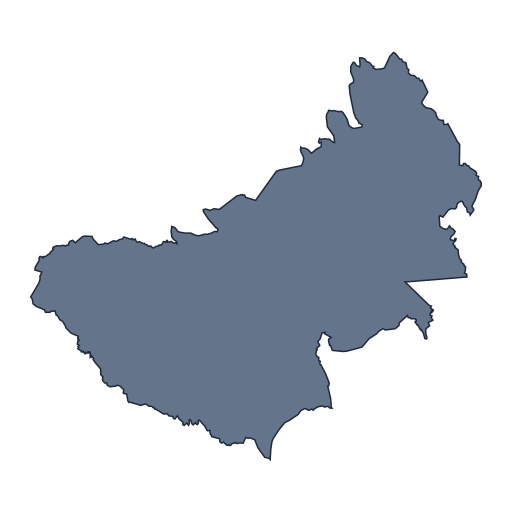 Coscomatepec, Veracruz, Mexico
{"feature_id": "50627088B83890237461836", "entity_name": "Coscomatepec", "entity_type": "district", "adm_level": 2, "iso_a3": "MEX", "parent_name": "Mexico", "parent_adm1": "Veracruz", "projection": "natural_earth1", "projection_center": [-97.095, 19.059], "detail": "fine", "context": "isolated", "style": "filled", "palette": "slate", "viewbox_px": 512, "rotation_deg": 0, "n_neighbors": 0, "source": "geoboundaries", "source_scale": "gbopen_adm2", "svg_char_len": 6010}
<svg xmlns="http://www.w3.org/2000/svg" viewBox="0 0 512 512"><path d="M359.6,57.9L360.1,64.8L359.6,66.8L356.4,65.6L354.6,62.6L353.2,62.3L350.8,66.4L350.7,71.9L353.4,78.6L353.7,81.3L353.0,82.5L350.2,84.2L349.2,86.0L350.0,94.2L353.8,112.8L355.9,118.3L358.0,120.7L359.0,123.2L362.3,124.8L361.8,127.0L354.5,128.4L352.5,128.1L348.9,125.5L347.2,119.2L343.1,112.7L341.2,111.3L338.7,111.7L333.3,110.5L332.5,111.0L328.6,110.3L328.0,112.3L326.7,114.1L326.3,116.9L327.4,126.8L333.8,136.0L334.6,142.5L332.6,142.0L329.7,139.3L324.4,138.8L320.7,139.4L319.5,138.5L318.5,142.0L319.2,143.1L321.2,142.3L321.2,146.6L316.1,149.3L311.5,153.3L307.9,149.5L304.8,148.2L301.9,148.0L300.8,147.1L300.5,149.8L301.0,152.0L303.4,156.9L303.7,158.7L303.1,162.0L301.5,165.7L279.8,170.0L276.4,171.2L255.6,200.4L245.6,197.3L244.4,194.9L242.6,195.2L242.1,194.5L236.8,196.0L219.3,209.4L214.0,208.7L210.1,210.4L205.7,209.0L203.3,209.6L203.4,211.5L208.4,219.1L216.3,228.1L217.7,228.5L217.9,229.2L217.2,231.7L214.5,231.5L211.2,233.2L206.7,234.4L204.6,234.1L199.9,235.6L197.6,235.6L195.5,235.3L190.9,233.1L185.0,233.1L178.2,231.8L174.8,227.5L171.7,226.4L171.2,231.2L171.8,236.8L173.4,239.3L176.5,241.5L176.9,243.7L175.7,242.8L173.4,243.1L171.3,241.4L167.6,242.3L167.2,242.1L167.5,240.6L166.9,240.3L165.7,241.9L163.3,241.6L161.8,244.7L158.8,245.2L158.1,246.2L155.5,246.5L153.9,248.0L152.1,247.4L150.9,246.0L148.2,246.3L147.1,244.9L144.9,244.2L144.3,243.3L143.2,243.5L139.5,241.7L137.4,242.2L136.4,241.7L135.2,239.0L133.2,239.9L132.6,238.6L129.8,239.0L124.1,237.0L123.3,237.4L122.4,239.1L119.5,239.5L116.7,241.3L113.3,240.8L107.8,243.8L104.9,243.0L103.8,244.1L98.2,244.6L93.1,239.0L92.1,236.4L84.7,236.1L82.5,236.6L75.2,242.8L72.7,240.3L70.0,241.3L69.1,242.5L68.3,245.3L66.5,245.2L65.4,245.9L62.7,245.3L59.6,246.0L56.8,245.7L53.1,247.2L52.8,248.6L53.5,249.2L50.2,252.5L49.7,254.0L48.5,254.2L45.6,256.5L43.0,256.6L43.0,257.7L40.2,256.4L39.2,257.4L39.0,260.8L35.3,267.0L34.9,270.0L41.8,272.1L39.9,276.3L40.1,279.0L38.8,283.2L30.7,296.9L32.2,299.0L33.1,303.9L36.4,306.5L44.3,309.7L45.5,312.3L50.1,312.3L51.2,311.2L55.2,311.1L56.1,315.0L57.5,315.6L59.7,319.6L62.7,321.5L65.6,326.3L65.9,327.9L71.2,333.2L78.4,336.3L77.7,338.2L78.4,338.4L77.9,339.9L79.1,340.3L77.7,341.8L77.3,344.2L79.2,345.3L78.0,346.6L78.6,347.4L77.8,348.8L81.4,351.0L81.2,351.7L82.7,352.1L83.2,351.3L85.0,353.9L85.6,353.7L85.9,352.3L87.6,353.2L89.1,352.9L88.4,351.7L90.2,352.2L90.2,357.0L91.3,355.7L91.9,357.4L92.5,357.0L93.7,358.4L93.1,359.5L94.7,361.9L100.6,369.0L100.8,374.8L102.9,376.9L102.4,379.2L102.7,380.4L104.6,383.0L106.8,383.0L107.1,385.1L110.0,386.8L116.1,386.0L116.9,385.2L119.8,386.0L123.8,389.8L123.2,392.9L123.5,393.4L126.7,394.1L127.9,400.9L128.9,402.5L130.5,402.3L140.8,405.4L145.6,403.9L149.1,406.3L151.6,406.2L153.2,407.7L154.0,407.6L155.0,409.4L156.0,409.2L163.3,413.9L167.4,413.9L168.7,415.8L172.6,416.4L173.9,418.8L174.9,419.0L177.4,415.8L179.2,419.1L182.8,422.1L183.0,424.9L184.3,425.4L186.8,423.0L188.5,425.3L189.5,423.2L189.0,420.7L189.6,419.7L190.5,419.9L192.1,424.0L193.2,424.9L195.4,422.6L196.4,424.2L197.5,424.6L198.6,422.5L197.8,421.0L199.4,420.1L205.0,426.4L207.0,430.4L207.9,430.8L209.7,430.4L210.2,433.6L211.9,436.7L219.6,438.7L219.8,441.7L221.6,443.1L223.5,442.2L227.0,445.4L228.4,444.8L229.1,445.5L230.8,445.4L231.3,443.9L234.4,443.1L235.0,442.4L236.8,443.6L239.7,442.9L243.1,443.2L245.9,437.4L248.0,438.4L249.8,437.8L254.8,439.8L257.9,447.8L264.7,457.2L269.4,458.5L270.2,459.5L270.8,449.2L272.0,441.5L273.1,438.7L278.9,429.8L284.7,422.7L289.8,420.1L298.1,414.5L300.8,410.6L305.0,408.5L308.7,410.3L311.6,409.2L313.4,410.2L314.2,408.9L318.6,406.6L322.1,405.9L324.9,407.1L327.0,406.3L328.6,406.8L329.5,407.9L332.0,408.2L331.3,407.2L330.6,398.3L327.7,386.1L328.7,385.9L329.3,383.3L325.6,373.7L320.9,364.8L320.3,364.7L319.8,363.3L320.2,361.2L318.7,360.6L318.8,357.4L317.3,356.9L315.8,354.3L316.5,350.5L317.3,349.7L316.5,348.6L319.8,345.4L317.8,341.7L320.2,338.8L322.1,332.7L325.2,332.4L324.5,333.7L331.1,337.4L328.8,339.0L328.5,340.8L329.6,345.4L330.4,345.2L332.3,350.4L343.2,351.5L346.6,351.2L362.0,347.1L369.1,338.7L376.6,333.8L378.7,331.4L382.4,329.0L383.1,328.7L385.4,330.0L395.2,328.7L399.0,325.5L399.2,322.9L407.5,315.5L408.2,317.7L410.1,317.7L411.1,318.8L414.9,318.7L416.2,319.8L416.3,321.2L415.1,321.5L415.1,322.0L417.2,325.1L417.8,325.0L420.4,329.8L421.0,329.5L422.3,331.4L423.4,333.4L424.8,338.4L426.1,339.1L427.0,337.9L425.7,333.0L425.8,328.9L429.6,325.8L428.2,322.6L432.9,320.2L431.2,317.4L432.0,316.0L429.9,314.9L430.7,312.8L432.2,312.8L431.0,312.2L431.7,310.8L432.7,311.5L433.4,310.1L430.5,308.0L431.4,306.2L429.0,305.2L405.1,282.0L467.0,277.0L466.7,274.3L464.4,272.9L465.3,270.6L465.6,266.7L464.3,265.7L463.7,264.0L461.6,262.7L461.3,260.2L459.6,258.5L458.5,254.5L458.1,249.7L454.6,247.2L455.1,246.2L453.0,244.2L454.1,241.7L455.5,241.0L456.1,238.7L455.0,238.4L454.3,240.6L450.5,239.8L450.6,237.2L453.9,233.9L455.2,231.5L453.1,229.1L451.0,228.0L449.5,225.8L447.4,228.9L446.1,229.2L443.4,228.7L439.8,226.2L439.2,216.2L440.0,216.3L440.3,215.6L442.9,217.2L448.5,209.9L451.7,208.6L455.1,208.9L456.5,207.5L457.0,204.5L458.1,202.9L460.9,201.1L462.4,201.7L464.7,206.1L466.7,208.0L467.3,211.9L469.7,213.0L470.2,215.1L473.7,210.1L473.8,209.3L472.0,206.6L472.2,205.5L475.2,199.8L478.3,190.6L481.2,186.0L481.3,182.9L480.1,180.7L478.6,180.0L478.3,177.2L478.6,176.6L476.1,175.4L476.6,173.3L475.5,171.3L469.9,167.8L468.4,165.6L466.7,165.5L465.3,163.5L463.5,163.5L462.9,165.6L459.4,165.1L459.7,144.4L457.7,142.0L447.8,123.7L447.0,124.4L443.9,124.6L443.3,120.3L441.2,120.4L438.2,119.3L436.1,115.1L435.9,113.1L434.3,111.1L431.3,108.8L425.7,107.6L422.7,104.5L421.5,102.6L427.8,92.1L422.1,80.1L421.2,81.0L420.4,80.9L418.7,78.2L417.2,78.3L414.3,75.6L411.0,75.3L408.8,73.5L408.3,71.9L408.9,69.8L407.0,68.2L406.0,62.7L402.9,61.8L401.5,59.1L399.8,59.1L395.3,53.4L393.4,52.5L389.9,56.3L384.5,67.9L381.8,68.8L375.8,69.4L373.1,67.9L373.8,66.4L372.2,65.9L369.7,62.8L366.5,61.3L364.6,59.0L362.3,57.9L359.6,57.9Z" fill="#64748b" stroke="#1e293b" stroke-width="1.5"/></svg>